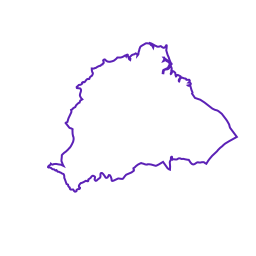 the district of Mitsinjo, Boeny, Madagascar, rotated 59°
{"feature_id": "10022922B34339999190032", "entity_name": "Mitsinjo", "entity_type": "district", "adm_level": 2, "iso_a3": "MDG", "parent_name": "Madagascar", "parent_adm1": "Boeny", "projection": "albers", "projection_center": [45.923, -16.15], "detail": "fine", "context": "isolated", "style": "outline", "palette": "violet", "viewbox_px": 256, "rotation_deg": 59, "n_neighbors": 0, "source": "geoboundaries", "source_scale": "gbopen_adm2", "svg_char_len": 5706}
<svg xmlns="http://www.w3.org/2000/svg" viewBox="0 0 256 256"><g transform="rotate(59 128 128)"><path d="M120.4,216.7L120.9,216.5L121.3,215.6L122.5,214.6L124.3,214.0L124.7,213.6L125.5,212.6L127.1,212.1L127.2,211.9L127.3,211.0L128.8,210.9L129.2,210.8L129.9,209.8L130.7,209.4L131.5,208.7L133.3,207.8L134.2,207.0L135.1,207.0L136.4,207.4L137.9,208.3L139.9,208.6L144.3,209.5L145.7,208.6L146.3,208.8L146.9,209.1L148.6,208.9L149.0,208.6L149.9,209.0L150.5,209.1L151.1,208.9L151.4,208.6L152.5,206.7L153.6,206.6L154.1,206.7L155.2,206.3L155.4,206.0L155.6,205.2L155.5,204.6L154.7,204.1L154.5,203.6L154.6,202.4L155.2,201.3L155.2,200.9L155.1,200.5L154.9,200.2L154.4,199.9L153.5,200.4L152.8,200.2L152.0,199.6L151.2,197.9L151.0,197.2L150.9,196.9L151.3,195.6L151.5,193.8L151.5,191.4L152.9,190.0L153.0,189.6L152.7,189.1L152.1,188.9L151.7,188.5L151.5,185.8L150.8,184.2L150.7,183.4L150.7,183.0L151.1,182.4L152.1,181.7L152.9,181.5L153.5,181.8L154.7,183.0L155.2,183.2L156.5,183.0L156.9,182.1L156.5,180.2L156.4,179.0L156.2,177.6L155.6,176.7L153.7,175.6L153.0,175.0L152.8,174.7L152.8,174.1L153.3,173.4L154.6,173.0L157.8,172.7L158.6,172.8L159.1,172.6L159.5,172.4L159.7,171.9L159.9,171.1L159.4,170.1L158.5,168.7L158.8,168.2L159.1,167.9L159.5,167.8L161.3,167.9L163.3,168.4L164.0,168.8L164.6,169.0L165.1,168.9L165.4,168.5L165.7,167.4L166.2,162.5L166.4,162.1L168.2,159.9L168.8,158.9L168.8,158.2L167.6,155.3L167.1,153.6L167.9,147.8L167.7,146.1L167.8,145.5L167.1,144.5L165.9,144.4L165.3,144.1L165.2,142.4L164.8,140.9L164.5,138.5L164.6,136.7L164.8,134.8L165.5,134.3L165.9,133.8L167.0,132.8L167.5,132.5L168.5,131.5L169.2,130.5L169.2,129.9L169.8,128.8L171.1,127.1L174.6,123.8L174.9,123.0L175.1,120.3L175.1,115.4L182.9,114.8L184.4,114.2L185.3,113.5L182.8,111.8L178.8,109.8L177.9,108.7L177.5,107.9L177.0,107.4L175.3,106.3L175.1,105.9L175.1,105.4L175.3,105.2L175.8,105.3L177.1,106.3L177.8,106.5L178.0,106.4L178.0,105.5L178.1,105.2L179.5,103.4L180.1,102.3L180.1,100.4L180.4,99.7L180.9,99.0L182.1,98.1L183.0,96.4L184.2,95.2L185.8,93.4L186.6,92.3L189.8,92.2L191.6,91.8L192.5,91.2L193.0,90.5L193.2,89.5L193.1,87.5L193.1,86.6L193.4,85.7L194.2,84.9L195.0,83.5L195.2,82.7L196.0,81.1L196.7,80.4L197.8,80.0L199.0,79.3L197.4,76.2L196.5,74.0L195.2,70.2L193.8,63.7L193.2,62.1L192.5,59.3L192.1,56.3L191.8,55.3L191.4,52.8L191.4,48.0L191.7,39.3L180.6,40.4L179.7,40.3L177.0,39.5L173.2,39.4L171.2,39.5L164.1,40.3L160.1,41.8L158.9,42.5L157.1,44.2L154.8,45.7L145.5,49.3L141.0,51.5L136.7,55.1L131.5,55.4L131.2,54.8L130.8,54.4L128.1,54.0L123.7,52.8L123.2,54.0L122.7,54.6L122.4,54.7L123.0,52.7L123.0,52.1L122.6,51.5L122.3,51.3L121.3,51.4L120.3,52.7L120.0,51.5L119.5,50.8L119.0,50.6L118.2,50.7L116.8,53.1L115.7,53.0L115.3,53.2L114.4,54.3L112.5,55.8L112.4,56.4L112.6,57.8L113.0,58.7L114.4,60.0L114.5,60.2L114.3,60.3L113.7,60.2L112.8,59.5L112.4,58.8L111.7,57.3L111.3,56.6L111.0,56.4L110.7,56.4L108.3,57.9L107.9,58.4L107.8,58.7L107.9,59.0L108.6,60.0L108.5,60.3L107.4,60.1L105.0,59.1L103.3,59.6L102.4,60.2L102.2,60.5L102.7,61.2L102.7,61.5L103.6,62.6L103.8,63.2L103.8,63.5L103.6,63.5L101.2,61.0L100.8,61.1L100.1,60.2L99.0,59.7L97.6,59.5L96.8,59.5L97.5,60.9L97.9,62.1L98.1,63.0L98.0,63.9L97.1,65.9L97.0,67.1L97.2,67.6L97.6,68.1L99.3,69.5L98.9,70.0L97.3,68.8L96.5,67.8L97.0,63.2L96.8,62.5L96.0,61.3L95.4,60.1L94.7,59.5L93.7,59.1L93.0,59.1L91.9,59.5L90.4,60.5L90.1,60.3L89.9,60.4L88.6,61.2L88.6,61.5L89.0,62.8L88.9,63.3L88.0,61.8L88.2,60.7L86.9,61.1L86.0,61.2L86.3,60.7L87.1,60.8L87.5,60.7L89.3,59.8L92.8,58.4L94.3,58.6L95.9,59.0L96.1,59.0L96.1,58.8L95.7,57.7L95.2,57.5L94.4,57.8L94.0,57.8L90.4,57.2L88.3,56.7L85.7,56.4L81.1,55.2L79.4,53.8L77.7,52.6L77.1,52.3L76.9,52.4L76.8,52.6L77.9,54.8L77.8,55.7L77.5,56.3L76.3,57.1L74.9,57.6L74.6,57.9L74.2,59.6L73.3,61.1L72.6,61.4L71.7,62.1L67.7,64.4L66.4,65.5L66.5,65.6L67.3,65.2L70.2,63.8L70.6,63.8L71.4,64.3L72.1,65.0L70.6,64.9L70.7,64.6L70.4,64.5L68.7,65.6L67.1,65.8L65.7,67.3L64.8,68.7L64.6,69.2L64.6,72.3L64.5,73.1L64.6,73.6L64.6,75.0L64.9,75.8L66.3,77.6L67.3,78.5L68.5,79.9L70.1,81.1L70.7,82.4L70.8,82.7L69.8,81.9L68.0,83.0L68.1,84.5L67.7,85.7L67.5,87.0L67.6,87.7L68.2,90.1L68.4,90.4L68.8,90.6L69.9,90.3L70.8,91.1L69.7,91.6L66.0,90.9L65.1,90.5L64.8,90.7L64.6,91.5L65.6,92.7L64.5,92.7L64.3,93.6L64.4,94.8L64.2,96.6L63.8,98.0L62.1,100.8L62.6,102.3L62.9,104.4L63.0,105.6L62.6,107.4L61.9,109.5L61.1,110.6L60.6,111.2L59.5,111.9L57.4,112.5L57.1,112.9L57.0,113.4L57.1,114.2L57.4,114.6L58.5,114.7L59.6,115.2L59.9,115.8L59.8,116.3L60.4,117.1L60.3,117.4L60.0,118.0L60.5,119.6L60.0,120.5L60.0,121.1L59.8,122.5L59.9,124.7L59.5,125.9L59.5,126.7L58.3,128.4L59.7,129.2L61.5,129.8L62.7,129.8L63.4,130.2L64.0,131.0L64.6,131.9L64.6,132.8L64.8,134.2L65.3,135.1L65.9,135.7L66.0,136.0L65.7,136.7L65.2,137.3L65.1,138.0L65.5,139.6L66.2,141.0L66.2,142.0L65.6,142.5L65.4,143.3L65.5,144.0L66.3,144.3L66.5,145.2L66.5,146.4L66.0,147.4L65.8,148.0L66.3,150.0L66.3,150.7L67.0,151.2L67.5,151.2L69.3,148.8L69.6,148.6L70.3,148.5L71.3,148.7L72.1,149.3L72.8,150.0L73.7,151.1L74.9,152.2L75.4,152.5L76.3,152.7L78.2,152.8L79.9,152.4L79.9,154.8L81.3,156.5L81.1,157.4L81.2,158.3L81.8,160.8L82.9,162.4L82.8,163.7L82.9,165.3L83.3,165.9L83.2,167.5L84.4,167.8L85.4,168.6L88.8,173.7L89.7,174.8L91.6,176.8L91.6,177.6L91.4,178.3L91.6,178.9L97.6,178.1L98.5,177.5L99.3,176.7L100.5,176.1L101.4,176.8L104.5,178.5L106.7,179.3L107.6,179.4L108.8,179.9L109.9,180.6L111.5,182.1L113.1,184.5L114.3,186.6L115.0,188.3L115.1,189.2L115.5,190.1L116.2,193.2L116.4,195.6L116.9,197.9L117.2,198.7L118.6,199.6L121.0,201.4L122.1,202.1L124.2,202.4L125.4,202.7L127.3,202.8L125.0,204.3L123.5,206.2L121.7,208.2L120.7,210.3L120.6,211.4L120.3,211.9L118.9,212.5L119.3,212.9L119.3,213.3L119.6,213.9L119.5,214.9L119.7,215.7L119.9,216.3L120.4,216.7Z" fill="none" stroke="#5b21b6" stroke-width="2"/></g></svg>